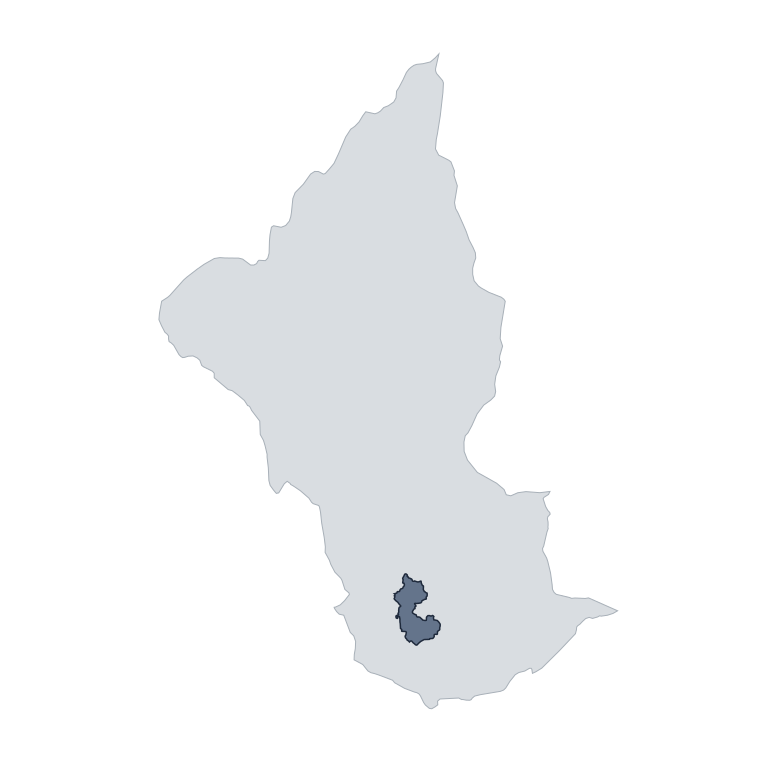 location of Bozoum, Ouham-Pendé, Central African Republic, rotated 267°
{"feature_id": "33826404B23266852289650", "entity_name": "Bozoum", "entity_type": "district", "adm_level": 2, "iso_a3": "CAF", "parent_name": "Central African Republic", "parent_adm1": "Ouham-Pendé", "projection": "albers", "projection_center": [16.413, 6.229], "detail": "fine", "context": "in_parent", "style": "filled", "palette": "slate", "viewbox_px": 768, "rotation_deg": 267, "n_neighbors": 0, "source": "geoboundaries", "source_scale": "gbopen_adm2", "svg_char_len": 8004}
<svg xmlns="http://www.w3.org/2000/svg" viewBox="0 0 768 768"><g transform="rotate(267 384 384)"><path d="M539.1,278.0L546.5,279.8L547.8,282.0L545.9,289.5L547.4,294.1L551.6,298.0L555.8,299.6L559.9,300.5L574.0,302.7L579.8,305.3L587.7,313.9L597.5,321.7L599.9,325.9L599.6,329.7L596.8,334.4L597.2,336.3L601.8,340.9L606.9,345.6L616.4,350.7L632.7,358.7L640.2,364.1L642.8,368.3L647.0,372.8L652.9,376.8L656.8,380.0L654.3,389.1L655.2,392.1L656.7,394.7L660.1,398.2L661.6,402.8L665.1,408.5L669.1,411.0L675.8,411.9L679.4,414.5L686.8,418.9L694.0,422.7L697.1,425.4L699.0,427.8L700.7,430.6L701.5,433.4L701.8,439.6L703.2,447.2L707.1,452.3L710.8,456.1L696.2,452.0L694.0,451.9L691.4,452.7L683.9,458.4L681.5,459.1L672.0,458.1L648.8,454.2L630.9,450.4L625.5,449.0L616.0,447.7L609.7,450.6L604.0,460.5L602.3,462.5L593.1,465.5L588.7,464.8L578.0,467.6L561.4,463.9L555.5,464.7L550.9,466.9L539.0,471.5L531.9,474.1L523.5,476.5L515.6,480.1L510.2,482.1L505.0,482.2L500.2,480.2L495.0,478.6L488.8,478.3L482.3,479.4L476.9,483.4L474.7,486.2L470.0,493.6L464.5,505.7L462.3,508.2L460.3,509.4L434.3,503.7L423.1,502.4L415.6,504.4L406.1,501.1L402.0,500.5L400.1,501.6L394.8,500.1L386.2,496.1L377.9,494.5L370.6,495.1L366.1,493.8L362.4,489.8L357.7,482.5L349.2,475.4L337.9,469.6L330.8,465.3L328.0,462.4L321.9,460.8L312.5,460.5L303.6,463.4L290.8,472.6L279.0,491.3L272.3,498.4L267.0,500.3L265.7,504.8L268.4,511.9L269.1,520.1L267.3,534.0L268.0,544.1L265.1,542.5L262.4,537.8L261.1,536.9L253.2,539.0L249.1,541.0L247.0,542.8L245.3,543.1L242.8,540.6L240.8,540.1L237.7,540.6L234.5,540.5L232.4,540.2L231.1,540.4L227.4,538.9L213.8,535.0L211.4,533.7L208.7,533.9L201.7,537.3L198.0,538.3L186.7,540.4L174.7,541.4L170.1,541.5L166.9,543.0L164.9,545.1L161.1,558.0L160.1,560.2L160.3,563.4L159.3,573.8L159.7,577.0L145.3,605.4L142.9,600.7L141.4,595.1L140.8,588.8L141.2,587.1L140.2,585.2L139.0,580.0L140.2,576.7L139.2,573.1L136.4,569.7L133.9,567.1L132.4,564.7L131.2,563.7L128.4,563.3L124.6,562.1L108.7,545.4L92.0,526.7L88.7,520.6L87.3,517.1L91.4,516.7L92.4,516.1L92.5,514.4L90.0,509.6L88.8,503.5L86.8,499.8L80.3,494.0L74.1,489.7L72.1,487.4L71.0,484.2L68.7,464.0L67.6,458.2L65.7,455.7L64.2,454.5L63.7,453.1L64.0,449.5L64.8,446.3L64.8,445.0L66.5,442.2L66.5,423.5L64.5,420.9L60.8,420.9L58.9,418.1L57.2,414.7L57.7,412.3L61.3,408.5L63.7,407.0L70.8,404.0L72.8,402.6L74.0,400.7L74.8,398.2L79.0,388.6L85.1,379.0L87.7,377.1L93.9,363.0L95.3,359.4L96.4,355.8L98.3,352.9L105.0,348.1L110.1,339.7L115.6,340.2L121.2,341.5L128.4,342.2L134.1,340.6L137.7,337.3L155.2,331.7L156.5,327.2L159.2,324.8L162.5,322.8L163.6,322.5L163.8,324.0L165.7,328.7L169.7,333.3L175.6,338.4L177.2,338.1L180.9,334.2L190.0,331.8L192.3,330.7L198.7,325.1L206.5,321.5L211.0,320.2L218.9,316.4L224.5,316.9L233.5,316.3L248.4,314.5L259.3,313.9L264.7,313.1L266.1,312.4L268.2,307.0L269.8,305.4L273.9,303.1L281.8,294.9L287.0,288.0L288.6,285.5L289.6,285.1L291.9,282.2L289.6,279.2L280.7,273.1L280.8,272.3L280.3,271.2L280.8,270.4L284.2,267.9L288.7,265.0L293.6,264.0L306.4,264.1L317.2,263.4L319.8,263.6L328.2,262.1L334.0,260.7L340.0,257.8L353.4,258.0L364.6,250.4L367.8,249.1L369.2,247.9L369.6,246.7L374.9,243.7L380.7,237.5L385.3,232.0L386.6,228.1L399.1,214.8L403.6,215.0L405.7,213.4L410.7,204.5L412.2,202.9L417.4,201.3L419.9,198.7L422.0,194.8L422.0,190.0L421.0,186.2L420.9,184.3L422.1,182.6L424.1,180.8L433.7,176.0L436.1,173.7L437.6,171.6L440.3,171.2L443.2,171.4L445.1,170.1L447.2,167.9L453.8,164.9L460.0,162.6L466.5,163.5L478.3,166.3L481.9,172.5L483.6,174.7L498.3,189.3L501.1,192.8L508.5,203.5L513.0,210.7L518.2,221.1L518.8,226.8L518.2,231.6L517.3,245.5L516.1,249.4L509.8,257.0L509.6,260.3L510.9,263.1L512.9,264.2L514.1,265.6L513.4,272.0L515.8,274.5L520.6,276.1L532.8,277.1L539.1,278.0Z" fill="#d9dde1" stroke="#a8b0b8" stroke-width="1"/><path d="M131.5,424.2L133.4,424.4L134.1,424.5L134.8,425.5L135.5,426.6L135.9,426.8L136.7,426.9L137.4,426.8L138.1,427.0L138.6,427.2L139.4,427.4L140.2,427.5L141.3,427.5L143.2,426.4L145.0,424.9L145.6,422.8L145.8,421.5L146.6,421.3L147.6,421.2L148.7,421.3L149.2,421.6L149.8,421.1L150.1,420.7L150.3,420.2L150.1,419.8L149.9,419.4L149.8,419.0L149.8,418.5L150.1,418.0L150.3,417.5L150.4,416.2L150.4,415.8L150.0,415.3L149.0,414.3L148.6,414.2L148.0,414.1L147.5,414.1L147.3,414.1L146.3,414.0L146.2,413.9L145.8,413.8L145.7,413.4L145.7,413.0L145.7,412.6L145.9,411.6L146.3,410.2L146.5,410.1L147.4,409.4L148.1,408.7L148.3,408.4L148.9,407.9L149.2,407.6L149.6,406.2L149.5,405.7L149.6,405.2L149.7,404.9L150.1,404.6L150.4,404.4L150.7,404.3L151.3,404.2L151.8,404.0L152.0,403.8L152.1,403.5L152.2,403.0L152.3,402.7L152.4,402.4L152.9,401.9L153.2,401.5L153.5,401.1L153.8,400.6L154.2,400.5L154.7,400.4L155.1,400.5L155.7,400.7L155.9,400.9L156.4,401.2L156.8,401.5L157.4,401.9L157.8,402.4L158.1,403.2L158.5,403.2L159.2,403.1L159.7,403.1L159.9,403.4L160.1,403.9L160.4,404.2L160.7,404.3L161.0,404.2L161.4,403.9L161.9,403.5L162.8,403.1L163.1,403.1L163.3,403.4L163.3,403.6L163.3,403.9L163.2,404.3L163.1,404.7L163.1,405.2L163.1,405.5L163.2,406.0L163.2,406.3L163.2,407.1L163.5,409.3L164.4,410.2L165.5,410.5L166.0,411.5L166.3,412.3L166.6,412.8L166.8,413.1L166.8,413.5L166.9,413.9L166.9,414.3L167.0,414.7L167.0,414.8L167.4,415.0L167.8,415.0L168.5,414.9L169.0,415.0L169.3,415.2L169.6,415.6L169.8,415.8L170.9,416.1L172.1,416.1L172.9,416.1L173.2,415.4L173.7,414.6L174.4,414.0L174.6,413.4L175.5,413.1L175.9,412.8L176.8,412.5L178.6,412.7L180.1,412.8L180.3,412.7L180.7,412.0L181.0,411.8L181.6,411.4L182.2,411.3L182.9,410.9L185.1,410.7L185.2,410.3L185.2,409.8L184.9,409.5L184.7,408.8L184.6,408.2L184.5,407.4L185.2,405.4L185.5,404.7L185.7,404.3L185.4,403.8L185.4,403.2L185.7,402.2L186.1,402.0L187.1,401.8L187.9,401.3L188.0,400.8L188.2,400.3L188.5,400.1L188.7,399.6L188.8,399.2L188.9,398.7L189.2,398.4L189.5,398.3L190.0,398.2L190.2,397.5L191.0,397.0L191.4,397.3L192.0,397.3L192.4,396.9L192.8,396.6L193.2,396.0L193.2,395.4L192.9,394.7L192.4,394.4L191.6,394.1L190.8,393.5L189.7,393.0L189.2,392.5L188.3,392.5L187.7,392.9L186.8,392.7L184.5,392.3L184.1,392.7L184.1,393.3L183.9,393.6L183.7,393.6L183.1,393.7L182.8,393.8L182.3,393.9L181.7,393.6L180.8,393.2L180.4,392.6L180.1,392.4L179.6,392.3L179.1,392.0L178.9,391.6L178.6,390.9L178.5,390.1L177.8,389.4L177.4,389.2L176.6,388.9L176.1,388.6L175.9,388.2L175.9,387.4L176.0,386.9L175.8,386.4L175.4,386.1L174.9,386.1L174.5,385.6L174.0,383.4L173.7,383.8L173.2,383.9L173.0,384.0L172.6,384.0L172.3,383.6L172.1,383.3L172.0,383.2L171.6,383.3L171.3,383.7L170.9,383.7L170.5,383.6L170.0,383.4L169.6,383.1L169.1,382.9L168.8,383.0L168.3,383.3L168.0,383.7L167.5,384.0L167.2,384.2L165.2,386.5L163.9,387.2L162.7,388.2L161.6,388.9L161.4,389.1L160.9,388.7L160.5,388.1L160.3,387.7L160.0,387.5L159.7,387.3L159.3,387.1L158.7,387.1L158.2,387.0L157.4,386.8L156.7,386.8L155.9,386.8L155.4,386.7L154.7,386.5L154.4,386.1L154.2,386.0L153.5,386.1L153.1,386.4L152.9,386.3L152.8,386.2L151.9,384.0L151.5,383.9L150.9,383.7L150.5,383.8L149.8,383.9L149.5,384.3L149.2,384.9L149.3,385.2L149.6,385.5L150.0,385.6L150.4,385.4L150.7,385.4L150.9,385.4L151.1,385.6L151.2,385.9L151.1,386.7L151.0,387.0L150.7,387.3L149.9,387.4L148.4,387.6L146.9,387.5L145.3,387.5L143.8,387.7L143.5,387.7L139.7,387.7L139.0,387.7L138.4,388.3L138.2,388.6L137.7,388.9L137.2,388.8L136.7,388.7L136.3,388.7L136.1,388.9L136.0,389.5L136.0,390.0L135.9,390.2L135.9,390.8L135.9,391.2L135.8,391.7L135.7,392.2L135.6,392.8L135.3,393.1L134.7,393.3L134.3,393.2L133.9,393.1L133.0,392.9L132.8,392.8L132.3,392.7L132.0,392.6L131.6,392.2L131.3,392.0L130.6,391.9L129.4,392.2L129.0,392.5L128.3,393.1L127.9,393.4L127.4,393.6L127.2,393.6L126.9,393.9L126.7,394.3L126.3,394.8L126.1,394.9L125.7,395.4L125.0,395.9L125.4,396.4L125.7,396.7L126.0,397.5L125.8,398.2L125.3,398.6L124.8,399.0L124.1,399.5L123.0,400.8L122.1,401.6L121.8,402.0L121.6,402.6L121.6,403.2L122.1,403.8L122.6,404.3L123.2,404.9L125.0,407.2L126.7,410.7L126.6,415.8L126.7,416.2L127.3,416.4L127.4,416.9L127.3,419.0L127.5,419.6L127.9,420.0L128.4,420.4L129.0,420.9L129.5,420.9L130.6,420.9L130.8,421.0L131.2,421.2L131.4,422.5L131.2,423.3L131.2,423.8L131.5,424.2Z" fill="#64748b" stroke="#1e293b" stroke-width="1.5"/></g></svg>